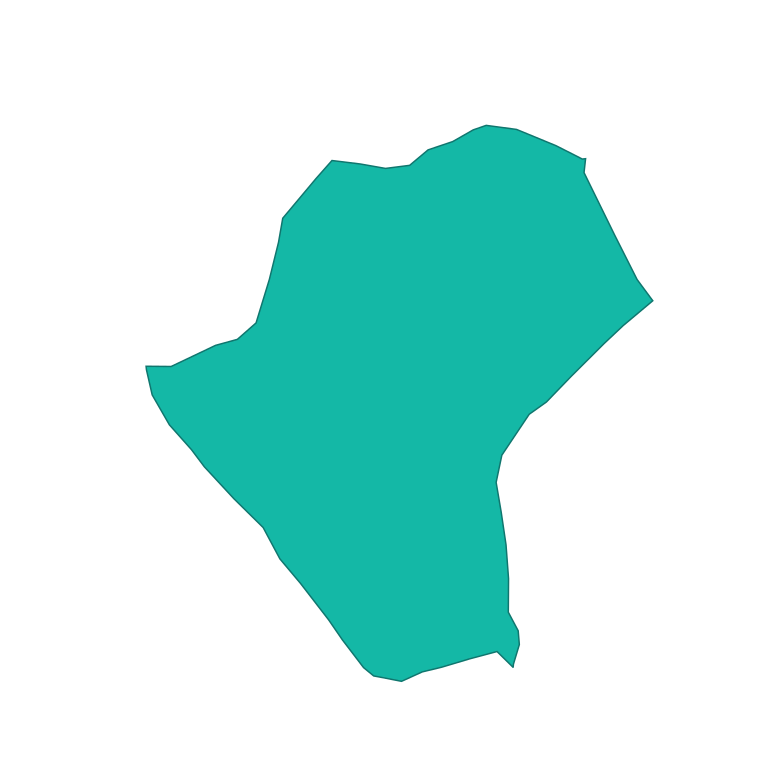 Solna, Stockholm, Sweden (orthographic projection), rotated 197°
{"feature_id": "70781695B78362616734409", "entity_name": "Solna", "entity_type": "district", "adm_level": 2, "iso_a3": "SWE", "parent_name": "Sweden", "parent_adm1": "Stockholm", "projection": "orthographic", "projection_center": [18.004, 59.371], "detail": "fine", "context": "isolated", "style": "filled", "palette": "teal", "viewbox_px": 768, "rotation_deg": 197, "n_neighbors": 0, "source": "geoboundaries", "source_scale": "gbopen_adm2", "svg_char_len": 903}
<svg xmlns="http://www.w3.org/2000/svg" viewBox="0 0 768 768"><g transform="rotate(197 384 384)"><path d="M616.7,331.4L615.3,328.1L602.5,305.8L577.3,282.2L548.9,264.9L531.6,252.3L493.8,230.3L457.6,211.4L432.4,186.3L405.7,169.0L367.9,142.2L348.8,127.0L320.6,106.8L308.5,101.8L303.3,102.4L280.3,104.8L263.2,119.9L246.1,130.0L221.9,146.1L197.7,161.2L177.9,150.9L177.7,151.1L178.3,154.0L178.4,174.4L183.5,187.2L198.4,202.1L208.0,234.3L220.3,265.9L234.4,295.6L248.0,322.7L250.5,350.4L236.3,397.5L223.4,414.3L207.3,445.9L185.3,487.1L172.4,509.7L151.3,542.2L172.5,557.9L207.2,594.1L254.5,644.6L257.1,658.4L260.1,657.1L289.3,662.2L331.7,666.2L361.9,661.2L373.0,653.1L389.2,635.9L410.3,620.8L423.4,600.6L445.6,590.6L470.8,587.5L499.1,582.5L509.2,560.3L529.3,512.9L526.3,488.7L524.2,450.4L524.2,405.0L537.3,383.8L556.4,371.7L592.7,338.5L616.7,331.4Z" fill="#14b8a6" stroke="#0f766e" stroke-width="1.5"/></g></svg>